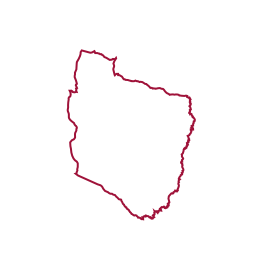 outline of El Rosal, Cundinamarca, Colombia, rotated 329°
{"feature_id": "7082276B35688334029965", "entity_name": "El Rosal", "entity_type": "district", "adm_level": 2, "iso_a3": "COL", "parent_name": "Colombia", "parent_adm1": "Cundinamarca", "projection": "albers", "projection_center": [-74.228, 4.884], "detail": "fine", "context": "isolated", "style": "outline", "palette": "rose", "viewbox_px": 256, "rotation_deg": 329, "n_neighbors": 0, "source": "geoboundaries", "source_scale": "gbopen_adm2", "svg_char_len": 5870}
<svg xmlns="http://www.w3.org/2000/svg" viewBox="0 0 256 256"><g transform="rotate(329 128 128)"><path d="M175.0,167.1L175.1,165.5L177.0,165.7L177.7,165.1L178.9,164.9L179.8,164.0L180.4,163.8L180.8,162.6L180.7,162.0L181.0,161.6L181.5,162.4L182.3,162.0L182.5,162.7L183.0,162.9L183.2,162.5L182.9,162.0L183.5,161.7L183.5,161.4L182.9,161.0L182.8,160.6L183.1,160.7L183.3,160.6L183.3,159.9L183.8,159.5L183.5,159.1L183.6,158.9L184.7,159.1L185.1,159.4L186.2,157.7L186.4,157.6L187.0,157.5L187.2,156.8L187.8,156.1L188.1,156.1L188.6,156.4L189.5,155.5L189.7,154.5L189.5,152.4L189.1,152.3L189.0,151.8L189.4,151.5L189.5,151.0L189.1,150.3L189.3,149.9L189.4,149.3L189.6,148.8L189.3,148.3L188.3,148.2L188.7,147.1L188.2,146.7L188.4,146.3L189.0,146.2L189.5,146.0L189.6,145.5L190.1,145.2L190.3,144.3L190.6,144.2L190.8,144.6L191.5,144.4L192.1,142.1L191.9,140.9L192.6,140.6L192.8,140.7L193.2,140.6L193.4,140.2L194.0,140.0L194.3,139.6L194.4,139.2L194.0,138.8L194.4,138.2L194.3,137.6L195.0,137.3L195.0,136.6L195.3,136.3L196.2,135.8L196.0,135.4L196.3,135.0L196.0,134.6L196.4,134.2L196.4,133.5L196.1,133.2L195.4,133.1L195.0,132.3L194.6,131.9L194.7,131.4L195.2,131.0L194.8,130.5L194.3,130.1L192.9,129.6L190.2,127.7L189.6,127.1L189.0,126.8L188.7,126.5L188.6,125.7L187.3,124.5L186.1,123.8L184.9,123.3L183.8,122.3L182.7,121.8L182.1,121.4L180.8,121.0L180.5,119.9L179.4,118.3L179.0,117.3L178.6,115.5L178.5,113.7L178.1,112.5L176.9,111.6L175.9,110.2L174.3,109.4L171.9,108.6L171.5,108.0L170.6,107.6L170.0,106.9L169.4,106.8L169.1,105.9L167.9,105.2L167.6,104.4L167.7,103.9L166.7,100.8L166.5,100.6L166.4,99.8L165.4,99.0L164.0,96.1L162.5,94.8L161.5,94.5L160.9,93.3L160.1,92.8L160.0,92.5L159.3,92.1L158.8,91.2L157.3,91.0L155.9,90.2L155.4,89.6L154.9,89.5L154.3,88.6L153.8,88.2L152.6,86.8L150.6,85.4L150.3,84.5L149.6,84.2L149.4,83.6L149.3,80.9L147.9,78.3L146.8,77.6L147.4,76.5L146.1,75.7L144.7,75.7L143.9,76.0L143.9,75.6L145.5,70.4L146.1,69.5L147.7,68.2L148.3,67.2L148.7,65.3L150.8,63.6L153.7,62.2L153.8,61.8L152.8,62.2L152.2,62.2L150.6,61.0L149.4,61.1L147.4,60.2L145.6,56.7L144.3,55.0L144.1,53.0L143.4,52.0L143.3,51.1L142.1,50.4L141.8,49.5L141.3,49.2L140.4,48.0L138.5,46.9L138.4,46.3L138.8,45.5L138.8,44.8L136.0,44.7L134.5,44.1L128.3,37.7L126.5,38.6L125.4,40.2L123.9,41.6L121.3,43.4L118.2,45.1L117.4,46.1L113.9,51.2L111.0,53.3L110.3,54.6L109.3,55.7L108.5,56.9L107.9,60.4L107.0,63.7L106.8,63.9L105.8,64.0L105.3,64.4L104.9,67.5L103.8,67.4L103.6,68.4L102.9,69.0L102.6,70.5L102.3,70.2L101.8,70.3L100.4,69.8L99.6,69.1L99.1,68.6L99.2,67.8L98.6,67.4L98.6,66.8L97.2,66.0L97.0,67.8L96.1,69.8L95.0,71.0L94.6,71.2L93.2,71.3L92.4,71.9L92.0,72.8L90.1,75.1L88.5,77.4L87.3,79.5L85.6,81.5L85.1,82.6L84.7,84.9L84.3,85.9L82.8,88.4L82.5,89.5L82.6,91.1L83.1,93.0L84.3,96.1L84.0,97.3L84.2,98.9L84.5,99.5L84.5,100.9L84.2,101.6L83.3,102.2L82.4,103.6L80.1,105.1L79.2,106.3L77.8,108.8L77.4,109.1L76.1,109.7L75.4,109.8L74.0,109.6L73.3,109.7L71.1,110.5L70.9,110.8L69.3,113.9L68.4,116.4L66.8,119.9L65.9,123.1L65.6,126.1L65.9,128.3L66.8,130.5L66.8,131.8L66.7,132.5L64.8,135.6L63.2,137.2L62.8,138.3L61.4,139.3L60.7,140.2L60.5,140.4L59.6,140.2L60.7,143.0L73.0,160.7L74.9,162.9L75.4,164.0L75.6,165.3L75.5,167.4L75.9,170.1L77.9,172.9L78.0,173.5L78.5,174.5L79.1,175.3L80.4,176.1L81.0,177.5L82.3,178.8L82.6,181.0L83.0,181.9L83.5,184.3L83.9,184.8L84.9,185.5L85.2,185.9L84.8,187.3L84.9,188.5L84.6,190.3L85.1,191.7L84.9,192.3L85.0,193.9L85.4,194.3L85.3,195.0L85.7,195.4L85.5,196.5L85.7,197.2L86.1,197.6L86.2,198.3L86.5,199.0L86.3,199.9L86.5,200.5L86.4,201.1L86.8,202.1L86.8,203.5L87.3,204.1L87.9,205.7L88.4,206.3L89.2,206.4L90.2,207.4L90.2,208.1L90.7,209.5L90.5,210.0L91.8,210.9L92.2,211.5L92.2,212.2L92.9,213.3L93.4,213.4L94.0,214.0L94.6,212.9L94.1,212.6L94.2,212.3L94.5,212.7L94.7,212.4L95.0,212.5L95.5,211.9L96.1,211.9L96.5,212.1L97.3,212.9L97.5,213.0L97.7,212.8L97.8,212.1L98.2,212.1L99.0,213.3L100.1,214.2L100.3,215.7L100.8,215.8L101.0,216.4L101.5,216.2L101.8,216.8L101.5,217.8L101.8,218.0L102.3,217.9L102.6,218.3L103.3,218.0L104.4,217.9L104.1,217.2L104.7,216.7L104.3,216.1L104.2,215.9L105.1,215.5L105.4,215.5L105.6,216.0L106.3,215.7L107.0,214.5L107.0,214.1L107.7,213.9L107.9,213.1L108.1,213.8L108.6,213.6L109.2,213.7L109.7,216.0L110.1,215.7L110.6,215.7L110.9,215.6L110.9,215.4L110.2,215.0L110.3,214.8L110.6,214.6L112.9,215.0L113.9,215.9L114.0,215.6L113.3,214.5L113.3,214.0L113.5,213.8L114.1,214.2L114.4,214.2L114.6,213.5L115.1,213.3L116.3,213.2L116.8,213.8L118.2,213.8L118.4,213.9L118.5,214.3L118.3,214.7L118.5,215.2L118.3,215.5L118.9,216.1L120.7,216.3L120.7,215.5L121.3,215.6L121.5,215.3L121.7,215.6L122.5,215.5L122.3,215.1L122.3,214.6L122.6,214.5L123.3,214.5L123.3,213.5L123.8,213.6L124.3,213.1L124.7,213.3L125.2,213.0L126.3,209.4L127.7,207.7L128.2,207.4L131.3,206.4L132.0,206.5L132.5,207.2L133.2,207.3L133.9,206.5L135.1,206.5L136.0,206.0L136.2,206.6L136.9,206.5L137.0,206.9L137.5,207.0L137.5,207.5L138.7,207.1L138.9,206.3L139.2,205.9L140.5,205.0L141.8,203.8L142.2,203.1L142.3,201.9L142.9,201.1L143.8,200.7L143.8,199.9L144.1,199.5L144.9,198.9L146.0,198.7L145.8,198.3L145.2,198.1L145.4,197.6L147.1,196.5L148.5,196.1L149.0,195.5L150.1,195.7L150.5,195.6L150.6,195.1L151.0,194.9L151.0,194.2L151.9,194.2L152.4,193.9L152.6,192.8L153.4,192.9L153.8,192.6L154.2,191.8L154.4,189.2L154.9,188.7L155.1,188.2L155.7,187.9L155.7,186.9L156.3,186.2L155.6,185.5L155.7,184.9L156.1,184.5L157.4,184.3L157.5,183.5L157.8,183.2L158.8,183.1L159.5,182.7L159.6,182.2L159.5,180.3L160.2,179.2L160.4,178.3L161.9,178.0L163.8,176.3L164.6,175.2L165.3,175.1L165.5,174.6L166.6,174.4L166.6,175.2L167.8,175.1L168.0,174.8L167.7,174.6L168.7,174.3L168.9,173.7L169.5,173.8L170.0,173.3L170.1,172.6L170.2,172.4L170.5,173.2L170.8,173.2L171.0,171.7L171.3,171.1L171.8,171.0L172.3,171.3L172.6,171.3L172.8,171.0L172.8,170.0L173.1,169.8L173.4,169.8L173.7,170.2L174.2,170.1L174.4,169.6L174.1,169.0L174.7,168.7L174.6,168.1L175.0,167.1Z" fill="none" stroke="#9f1239" stroke-width="2"/></g></svg>